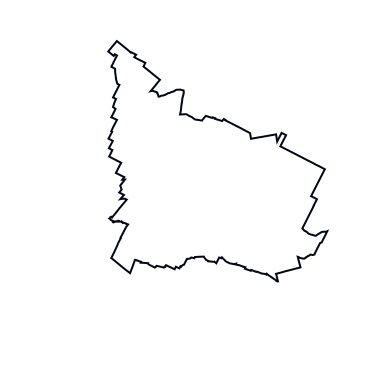 Río Segundo, Córdoba, Argentina, rotated 207°
{"feature_id": "61730980B13530253245747", "entity_name": "Río Segundo", "entity_type": "district", "adm_level": 2, "iso_a3": "ARG", "parent_name": "Argentina", "parent_adm1": "Córdoba", "projection": "albers", "projection_center": [-63.428, -31.688], "detail": "fine", "context": "isolated", "style": "outline", "palette": "ink", "viewbox_px": 384, "rotation_deg": 207, "n_neighbors": 0, "source": "geoboundaries", "source_scale": "gbopen_adm2", "svg_char_len": 5839}
<svg xmlns="http://www.w3.org/2000/svg" viewBox="0 0 384 384"><g transform="rotate(207 192 192)"><path d="M233.7,96.5L227.6,95.2L221.5,93.8L215.9,92.6L210.3,91.6L210.5,92.9L211.1,98.6L212.0,105.7L210.2,105.9L210.2,106.1L206.5,106.5L205.7,106.7L205.6,105.7L203.0,106.9L199.1,108.5L199.1,108.2L197.2,107.8L196.7,107.7L194.0,107.8L191.3,107.8L191.0,107.8L191.0,108.1L190.4,108.5L190.2,109.3L190.2,109.6L189.9,110.2L188.3,110.6L182.8,111.9L182.7,113.1L181.8,113.2L181.9,115.0L172.4,115.3L172.4,118.1L168.6,118.2L168.6,120.6L167.7,120.6L167.7,121.6L167.4,121.8L167.0,122.8L166.1,123.6L166.2,130.0L165.9,130.1L165.6,130.4L165.3,130.4L164.8,131.0L164.4,131.2L163.4,132.1L162.9,133.3L159.8,134.1L159.9,135.4L152.2,139.8L151.7,139.4L148.7,138.0L148.6,137.9L145.9,138.0L145.9,137.7L144.0,138.5L140.2,139.9L140.2,140.1L138.0,139.5L138.0,141.8L138.0,144.6L138.1,145.9L136.8,146.1L136.6,146.2L136.5,146.3L135.8,146.3L135.7,147.4L133.4,146.6L130.3,145.5L125.5,145.6L124.3,146.1L124.2,146.2L122.3,146.5L121.4,147.2L121.2,147.4L120.3,148.1L120.3,147.2L117.6,147.9L117.4,148.1L113.7,148.6L113.0,148.5L112.1,148.7L112.0,148.9L110.2,149.2L110.0,147.6L107.6,148.0L103.8,148.5L103.9,149.4L101.8,149.7L100.0,149.9L98.5,149.9L98.1,150.5L94.4,150.9L92.8,151.0L90.5,151.9L89.0,152.3L88.2,152.2L88.2,153.1L86.7,152.7L80.4,151.9L76.2,151.3L76.2,151.1L75.3,151.1L74.8,151.4L78.9,156.1L80.0,157.2L77.5,159.4L74.1,162.5L73.0,163.6L68.2,167.8L61.1,174.1L66.8,180.4L68.4,182.3L67.9,182.4L67.1,182.4L66.2,182.3L65.9,182.3L65.0,182.5L64.7,182.6L62.7,183.1L62.2,183.4L61.7,183.6L61.5,183.8L61.3,184.3L61.0,184.7L60.9,185.1L61.0,185.3L60.9,185.5L60.6,185.7L60.5,185.8L60.4,186.1L59.9,186.8L59.8,187.4L59.2,187.9L59.0,188.4L58.5,188.9L58.2,189.8L58.1,190.0L56.3,190.5L55.8,190.7L55.3,191.0L55.0,191.3L54.9,191.6L54.7,191.9L54.5,192.0L54.7,194.3L54.7,200.3L54.7,204.7L54.0,205.5L53.6,205.8L53.6,210.0L53.6,214.8L53.7,218.5L54.8,217.3L55.4,217.0L55.8,216.8L57.0,216.2L58.2,215.3L59.0,214.0L60.9,211.0L61.7,209.3L62.3,208.9L65.0,208.5L66.1,208.2L68.1,207.9L69.2,207.8L71.1,208.4L72.1,208.6L73.7,208.5L74.2,208.5L77.1,209.6L77.2,225.5L77.2,228.6L77.2,232.9L77.2,235.1L77.4,235.1L77.4,242.3L80.1,242.4L84.0,242.3L84.0,244.4L84.0,246.5L84.0,249.2L84.0,256.7L84.0,259.4L84.0,261.8L84.0,272.6L90.3,272.7L94.8,272.6L97.1,272.7L101.9,272.7L132.1,272.8L134.0,272.8L134.0,285.4L139.0,285.3L139.0,275.6L143.3,281.5L154.8,272.8L157.3,271.0L163.6,266.2L167.0,270.8L177.8,271.0L195.0,271.0L195.1,271.5L196.8,271.5L197.4,268.9L204.8,267.6L204.9,268.3L207.7,267.8L207.7,267.1L214.2,266.1L214.9,263.6L215.3,261.6L215.5,260.2L222.2,258.0L224.5,258.3L226.4,258.7L228.8,258.5L231.7,258.7L232.7,258.6L235.8,256.8L237.9,255.6L238.9,259.6L240.9,264.7L240.9,265.0L241.4,266.0L241.4,266.5L241.6,267.2L242.0,268.0L242.1,268.5L242.4,269.5L242.9,270.4L243.0,270.9L243.3,271.9L243.3,272.1L243.6,273.4L243.6,273.9L243.7,274.1L243.8,274.3L243.8,274.6L244.0,275.0L244.1,275.7L244.2,275.9L244.2,276.2L244.3,276.6L244.4,276.8L244.6,277.0L244.7,277.3L245.2,278.1L245.4,278.5L245.5,278.6L247.3,278.3L247.7,278.1L248.1,278.1L248.7,278.0L249.6,277.6L250.1,277.3L251.1,276.7L252.0,276.2L252.7,275.5L252.8,275.4L253.5,274.0L254.6,272.6L255.8,271.7L256.1,271.2L256.5,270.6L257.0,270.1L257.1,269.9L258.1,269.2L258.4,268.8L259.1,267.7L259.4,267.4L259.6,266.9L259.9,266.7L260.1,266.4L260.2,266.1L260.8,265.7L261.0,265.4L261.7,264.7L262.1,264.5L262.4,264.3L263.2,263.7L263.5,263.2L263.9,262.8L264.1,262.4L264.4,262.3L264.6,262.1L265.0,261.8L265.5,262.1L265.7,262.4L266.0,262.7L266.3,263.1L266.7,263.4L266.9,263.7L267.4,263.9L267.6,264.2L268.0,264.3L268.1,264.7L268.2,264.9L269.7,264.8L270.4,264.6L272.2,264.4L273.0,264.3L273.8,263.8L274.6,263.1L273.3,269.0L271.5,277.4L275.9,278.3L286.5,280.6L292.2,281.8L292.2,285.9L295.3,285.9L299.1,285.8L304.7,285.9L304.1,289.0L309.7,288.9L309.8,288.5L316.6,290.1L327.5,292.4L328.1,289.5L328.9,286.2L330.4,279.2L323.5,277.7L323.4,279.6L320.8,279.6L320.8,276.9L320.8,273.6L320.7,267.0L316.5,266.9L315.8,265.7L315.0,264.2L314.4,263.1L313.9,262.5L313.8,262.4L312.5,260.5L311.7,259.4L311.5,258.7L310.9,258.3L310.6,257.5L309.8,256.9L309.4,256.4L308.6,255.5L307.8,254.5L305.3,254.5L305.3,240.4L302.0,240.4L301.7,236.5L301.0,231.9L297.8,231.3L297.8,227.0L297.8,221.9L295.2,222.1L291.6,222.2L291.7,214.3L291.5,209.5L290.5,209.4L290.6,201.6L285.8,201.6L285.8,198.9L285.9,193.2L282.0,193.2L281.9,188.6L281.9,186.0L278.5,185.9L271.9,185.9L268.4,185.9L268.5,174.4L259.1,174.5L259.7,171.3L258.4,172.0L257.4,172.6L258.9,165.2L255.8,162.2L256.6,158.5L251.3,158.5L252.6,153.1L251.6,153.9L249.3,155.3L248.7,155.5L248.1,155.6L246.7,155.6L249.3,144.4L250.0,140.6L251.6,133.3L251.6,133.2L251.8,133.2L252.0,133.4L252.1,133.5L252.4,133.5L252.5,133.3L252.6,133.0L252.8,132.8L253.1,132.7L253.3,132.4L253.2,132.2L253.1,131.7L253.3,131.5L253.6,130.9L252.4,130.9L252.3,130.7L252.0,130.3L251.7,130.2L250.8,130.4L250.0,130.2L249.4,130.3L249.2,130.2L249.1,129.8L249.0,129.3L248.7,129.2L248.2,129.2L247.8,129.6L247.7,129.8L247.7,130.0L247.9,130.4L247.9,130.5L247.6,130.5L247.5,130.3L247.3,130.3L247.0,130.7L247.0,130.9L247.0,131.0L246.7,131.2L246.3,131.1L246.1,131.3L245.9,131.3L245.6,131.5L245.5,131.8L245.4,131.8L245.2,131.7L245.0,131.9L244.7,132.0L244.0,132.3L244.0,132.6L244.3,132.9L244.4,133.0L244.2,133.1L243.9,133.1L243.5,132.8L243.2,132.7L243.0,132.8L242.4,133.1L241.9,133.3L241.8,133.6L241.7,133.7L241.5,133.9L241.1,133.7L240.7,133.2L240.4,133.2L240.3,133.4L240.2,133.5L239.8,133.4L239.5,133.5L239.3,133.2L238.9,133.5L238.3,133.7L238.1,133.6L237.8,133.8L237.3,133.8L237.0,133.9L236.7,133.8L236.3,134.0L236.2,134.0L236.1,133.7L235.7,133.5L235.4,133.5L234.9,134.0L234.7,134.1L234.2,134.1L234.8,130.8L234.9,118.6L234.4,118.5L234.5,117.6L234.6,113.9L234.2,108.7L234.1,105.8L234.0,103.3L234.0,100.0L233.9,99.8L234.0,99.0L233.9,98.9L233.9,96.5L233.7,96.5Z" fill="none" stroke="#020617" stroke-width="2"/></g></svg>